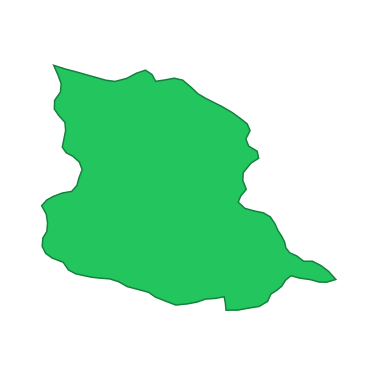 outline of Capim Branco, Minas Gerais, Brazil, rotated 278°
{"feature_id": "56859067B81738961349319", "entity_name": "Capim Branco", "entity_type": "district", "adm_level": 2, "iso_a3": "BRA", "parent_name": "Brazil", "parent_adm1": "Minas Gerais", "projection": "equal_earth", "projection_center": [-44.169, -19.58], "detail": "fine", "context": "isolated", "style": "filled", "palette": "green", "viewbox_px": 384, "rotation_deg": 278, "n_neighbors": 0, "source": "geoboundaries", "source_scale": "gbopen_adm2", "svg_char_len": 1465}
<svg xmlns="http://www.w3.org/2000/svg" viewBox="0 0 384 384"><g transform="rotate(278 192 192)"><path d="M125.4,346.6L132.5,338.2L137.1,329.9L140.2,320.9L139.0,312.2L143.2,304.8L145.4,297.2L149.8,292.7L155.3,290.7L160.9,286.8L165.5,282.7L172.0,278.6L178.2,273.1L181.3,265.7L181.9,256.7L183.1,246.7L188.4,239.2L194.8,240.8L202.2,245.4L210.3,240.8L218.2,240.0L228.7,246.3L234.7,253.3L241.4,250.9L245.4,241.7L252.1,237.9L260.8,241.0L267.2,237.1L271.7,229.4L276.3,220.7L280.6,210.2L284.0,200.3L286.7,192.4L290.1,184.2L295.4,176.8L301.5,167.2L302.2,158.4L299.1,149.3L296.6,140.6L302.7,136.1L306.2,129.0L301.9,120.4L295.4,111.5L290.8,100.4L290.7,91.0L291.7,83.8L293.2,72.6L294.8,61.0L296.2,49.1L298.2,37.4L288.9,43.2L280.9,47.4L272.6,47.8L263.7,43.2L255.0,44.1L249.1,49.5L243.2,56.5L235.2,58.3L226.9,57.8L218.3,57.3L213.3,62.0L210.8,69.1L205.9,76.3L198.9,80.1L190.2,78.1L182.4,77.1L175.9,72.8L172.9,63.6L168.6,55.7L164.0,49.4L157.5,45.0L149.7,50.8L141.0,53.3L132.7,53.7L125.6,50.7L117.3,51.2L110.8,55.7L107.1,62.8L104.5,74.2L97.6,80.5L94.8,88.1L94.1,97.2L93.6,105.1L93.9,112.8L94.5,122.8L92.9,132.0L89.3,141.1L88.0,152.2L86.6,163.0L82.8,170.5L80.3,180.8L77.8,191.6L80.6,203.2L83.7,212.3L87.8,220.2L89.9,230.0L92.7,238.4L86.6,240.5L79.7,242.1L81.5,254.2L84.6,263.3L88.0,274.4L94.1,282.0L102.0,284.4L106.2,289.4L111.2,294.0L117.7,296.9L122.9,301.7L121.7,310.4L121.7,321.7L120.5,330.4L121.4,337.9L125.4,346.6Z" fill="#22c55e" stroke="#15803d" stroke-width="1.5"/></g></svg>